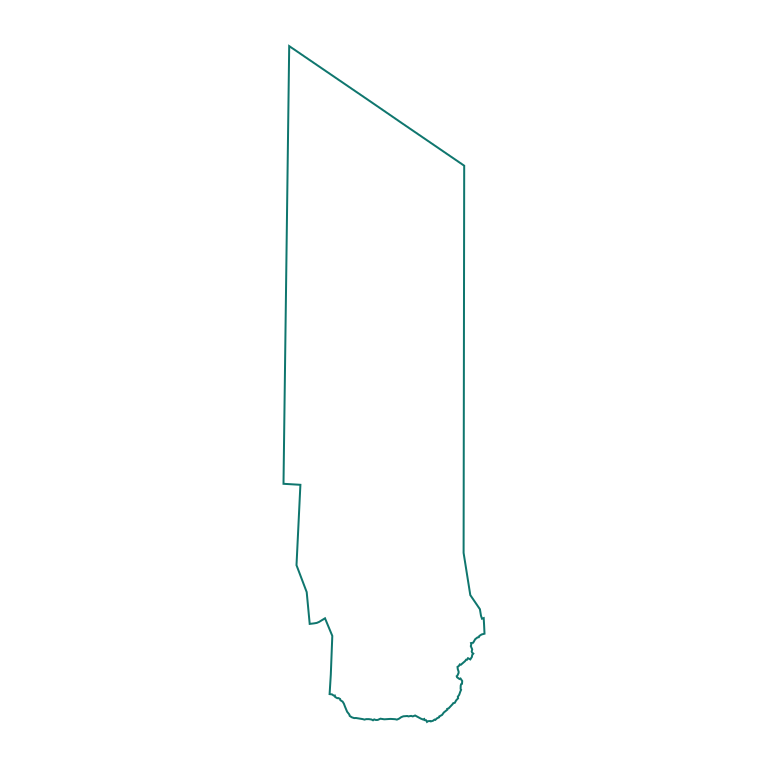 outline of Satuipaitea, Satupa'itea, Samoa
{"feature_id": "51752279B75424084440116", "entity_name": "Satuipaitea", "entity_type": "district", "adm_level": 2, "iso_a3": "WSM", "parent_name": "Samoa", "parent_adm1": "Satupa'itea", "projection": "mercator", "projection_center": [-172.336, -13.708], "detail": "fine", "context": "isolated", "style": "outline", "palette": "teal", "viewbox_px": 768, "rotation_deg": 0, "n_neighbors": 0, "source": "geoboundaries", "source_scale": "gbopen_adm2", "svg_char_len": 1697}
<svg xmlns="http://www.w3.org/2000/svg" viewBox="0 0 768 768"><path d="M289.2,46.1L283.5,483.8L300.4,484.8L296.5,565.2L306.7,592.1L309.7,623.9L313.9,623.4L316.8,622.9L319.1,621.9L325.0,618.3L332.3,635.9L330.8,674.6L329.6,694.1L332.0,694.4L333.9,695.7L334.8,695.5L335.2,697.0L337.3,698.2L338.5,698.1L340.1,699.0L340.4,700.2L342.6,701.6L343.9,703.7L344.9,706.4L347.1,711.7L349.3,714.5L349.7,715.9L351.8,717.3L354.2,718.1L356.0,718.0L362.7,719.1L364.5,719.6L366.3,719.1L368.6,719.1L371.5,719.5L373.0,720.3L374.2,719.4L375.9,720.0L377.8,719.9L380.4,718.7L384.3,719.3L390.5,718.9L395.2,719.2L396.9,719.6L399.0,718.7L401.3,717.1L403.4,716.3L407.3,716.0L408.3,716.4L411.1,715.9L412.8,716.4L415.1,715.5L420.8,718.6L423.0,719.5L424.2,719.0L424.5,720.1L426.0,720.2L427.0,721.9L427.9,721.2L430.3,721.0L430.8,721.4L433.1,720.7L434.5,719.6L435.3,719.9L437.0,718.3L439.1,717.3L439.2,716.5L442.1,714.9L443.8,712.5L447.3,709.7L447.2,708.9L448.7,708.3L452.8,703.9L453.2,703.2L454.8,702.8L456.2,700.3L458.1,698.3L457.8,696.8L459.2,694.8L460.3,691.6L461.1,689.8L460.6,689.0L460.7,685.7L461.1,684.2L462.0,683.8L462.2,681.0L460.5,678.5L459.5,679.0L457.1,677.3L456.7,676.2L457.4,675.6L458.6,672.9L458.6,671.6L457.8,669.2L457.5,666.9L458.9,665.9L459.8,664.4L460.8,664.8L463.7,662.3L465.0,661.2L466.1,659.7L466.9,659.8L468.0,658.2L470.3,659.4L471.9,656.9L472.2,655.0L473.3,653.6L472.1,652.6L471.7,651.4L472.2,649.4L470.8,646.1L471.3,644.4L471.0,643.1L473.2,642.7L475.2,639.2L477.5,637.4L478.8,637.2L479.3,636.0L481.5,634.5L484.5,633.7L484.1,625.2L483.7,618.1L482.0,618.7L481.0,615.8L479.9,609.2L470.3,595.1L463.6,552.9L464.2,165.7L401.4,122.8L374.5,104.3L289.2,46.1Z" fill="none" stroke="#0f766e" stroke-width="2"/></svg>